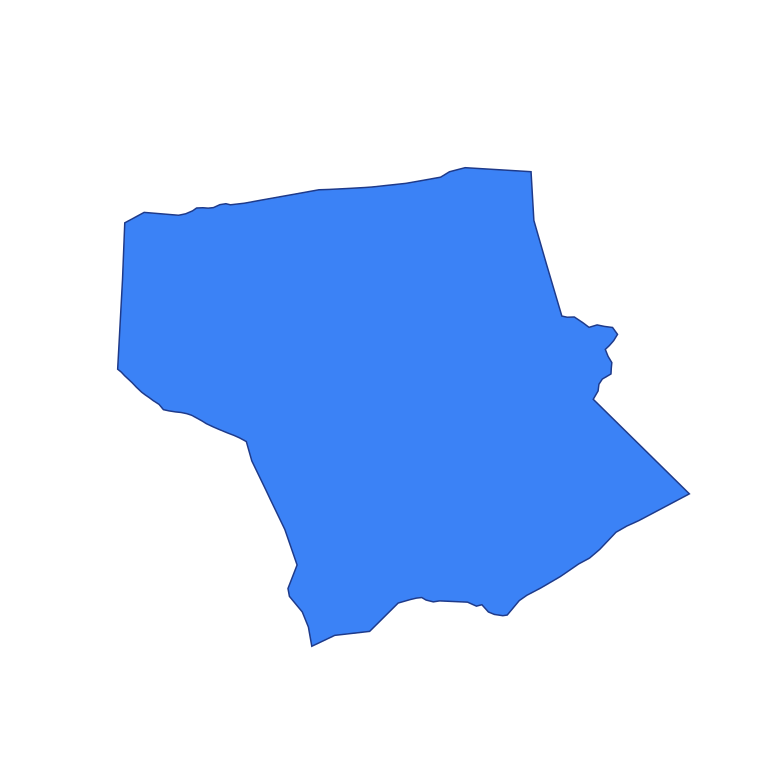 outline of Itainópolis, Piauí, Brazil, rotated 243°
{"feature_id": "56859067B45157254788804", "entity_name": "Itainópolis", "entity_type": "district", "adm_level": 2, "iso_a3": "BRA", "parent_name": "Brazil", "parent_adm1": "Piauí", "projection": "orthographic", "projection_center": [-41.486, -7.407], "detail": "fine", "context": "isolated", "style": "filled", "palette": "blue", "viewbox_px": 768, "rotation_deg": 243, "n_neighbors": 0, "source": "geoboundaries", "source_scale": "gbopen_adm2", "svg_char_len": 1551}
<svg xmlns="http://www.w3.org/2000/svg" viewBox="0 0 768 768"><g transform="rotate(243 384 384)"><path d="M170.1,258.9L182.4,297.2L180.0,309.6L178.5,315.7L176.6,320.7L172.4,323.4L167.5,329.0L165.5,335.1L151.7,359.4L144.1,365.5L142.9,371.0L133.5,373.5L128.6,377.7L123.6,384.7L122.2,388.9L129.6,406.2L130.9,415.4L131.1,431.3L132.4,453.8L135.3,475.8L135.6,488.2L138.7,501.1L146.6,523.4L146.9,529.6L147.2,535.8L146.6,548.9L147.5,606.2L275.4,563.5L280.6,571.6L286.2,575.4L289.3,580.8L289.9,590.8L294.9,593.7L299.6,596.7L307.0,596.2L314.4,596.9L315.9,602.2L318.4,608.4L322.2,614.6L330.6,613.3L335.2,606.6L339.9,600.7L341.4,592.4L347.8,589.3L357.3,584.0L360.3,577.6L363.8,573.3L416.7,583.1L432.3,586.1L461.7,591.8L506.4,611.4L513.6,599.2L539.9,554.5L541.6,546.9L543.4,538.7L542.6,528.3L552.8,494.7L565.2,462.2L567.7,456.3L573.5,443.1L582.2,423.6L586.6,414.2L603.2,359.4L608.5,341.6L613.4,328.5L616.4,325.0L618.3,319.2L618.6,312.1L620.5,307.2L623.3,302.6L625.9,296.9L625.2,292.0L625.7,284.6L627.6,277.6L645.8,248.2L645.3,226.2L595.9,198.5L518.1,153.4L513.9,155.3L509.0,156.7L503.6,158.7L499.4,160.2L493.6,161.9L486.6,164.4L482.5,166.4L478.5,168.6L474.0,170.8L468.0,174.3L461.3,175.8L457.6,180.3L453.7,185.7L450.8,190.2L447.1,194.8L443.6,198.3L439.0,201.5L433.8,205.0L429.3,207.7L423.5,212.2L418.3,216.5L411.4,222.4L406.2,227.1L401.6,230.8L395.2,235.2L375.5,231.3L341.9,230.6L331.7,230.3L299.4,229.6L262.2,224.4L245.4,205.6L237.7,203.3L218.0,207.7L201.8,206.3L183.1,200.6L182.4,226.0L170.1,258.9Z" fill="#3b82f6" stroke="#1e3a8a" stroke-width="1.5"/></g></svg>